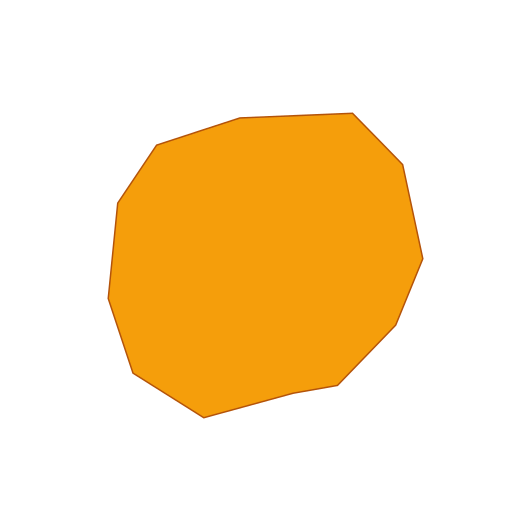 Lankaran City, Lankaran, Azerbaijan, rotated 134°
{"feature_id": "54616110B92317303093203", "entity_name": "Lankaran City", "entity_type": "district", "adm_level": 2, "iso_a3": "AZE", "parent_name": "Azerbaijan", "parent_adm1": "Lankaran", "projection": "robinson", "projection_center": [48.846, 38.741], "detail": "fine", "context": "isolated", "style": "filled", "palette": "amber", "viewbox_px": 512, "rotation_deg": 134, "n_neighbors": 0, "source": "geoboundaries", "source_scale": "gbopen_adm2", "svg_char_len": 372}
<svg xmlns="http://www.w3.org/2000/svg" viewBox="0 0 512 512"><g transform="rotate(134 256 256)"><path d="M398.4,175.2L329.1,134.1L292.5,107.5L208.7,107.5L142.1,134.1L88.4,214.0L87.4,246.3L86.3,285.7L167.9,363.5L203.3,382.3L245.3,404.5L314.0,392.2L383.6,337.2L389.2,332.8L425.7,263.1L408.6,181.2L398.4,175.2Z" fill="#f59e0b" stroke="#b45309" stroke-width="1.5"/></g></svg>